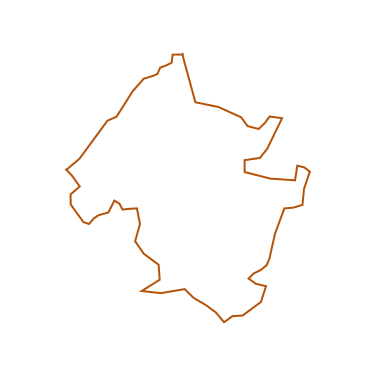 the District of Hîncesti, rotated 66°
{"feature_id": "MDA-1639", "entity_name": "Hîncesti", "entity_type": "District", "adm_level": 1, "iso_a3": "MDA", "parent_name": "Moldova", "parent_adm1": "", "projection": "natural_earth1", "projection_center": [28.404, 46.831], "detail": "fine", "context": "isolated", "style": "outline", "palette": "amber", "viewbox_px": 384, "rotation_deg": 66, "n_neighbors": 0, "source": "natural_earth", "source_scale": "10m", "svg_char_len": 1053}
<svg xmlns="http://www.w3.org/2000/svg" viewBox="0 0 384 384"><g transform="rotate(66 192 192)"><path d="M69.4,185.9L70.1,179.5L70.1,175.6L65.4,170.4L65.9,164.0L65.6,158.0L58.6,153.8L62.2,145.8L62.1,144.5L65.8,145.4L111.4,152.4L125.1,133.3L143.9,116.6L154.3,114.5L161.5,105.5L158.7,97.6L154.6,90.4L161.2,79.7L183.1,105.7L188.5,116.1L184.3,131.0L195.2,135.8L211.7,114.9L223.2,93.1L210.8,85.1L215.2,79.4L221.4,76.1L234.7,88.4L248.7,96.3L247.5,105.8L244.6,114.3L263.7,133.0L284.6,148.6L289.3,153.6L291.2,161.2L291.5,169.0L294.1,175.5L301.6,171.2L308.2,162.7L320.5,173.8L325.4,196.0L321.9,205.5L324.0,215.7L311.7,219.2L300.2,225.8L289.6,233.5L277.7,238.2L271.7,261.7L262.0,278.2L259.0,257.2L244.9,252.1L228.7,261.2L213.9,264.0L200.0,252.5L184.6,249.0L182.1,255.4L179.8,262.6L173.3,263.0L168.3,266.4L176.7,276.7L175.2,286.9L176.2,292.5L179.3,299.1L175.4,303.4L154.1,307.9L144.8,303.9L141.3,292.3L127.8,295.1L120.4,297.9L120.1,295.8L115.9,281.4L92.5,240.3L92.5,230.3L75.7,205.0L68.9,190.1L69.4,185.9Z" fill="none" stroke="#b45309" stroke-width="2"/></g></svg>